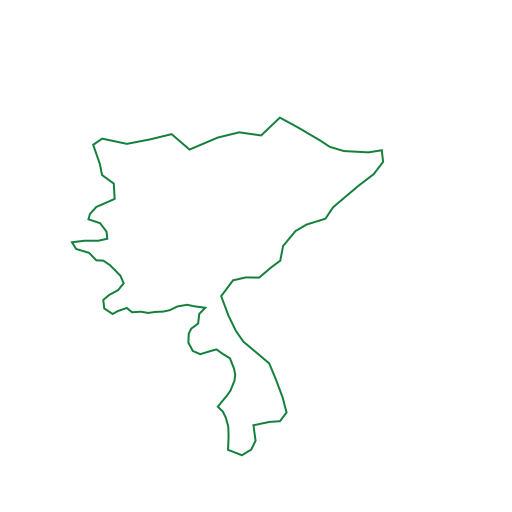 Agia Varvara Lefkosias, Nicosia, Cyprus (Robinson projection), rotated 244°
{"feature_id": "46923920B36952304373439", "entity_name": "Agia Varvara Lefkosias", "entity_type": "district", "adm_level": 2, "iso_a3": "CYP", "parent_name": "Cyprus", "parent_adm1": "Nicosia", "projection": "robinson", "projection_center": [33.352, 34.985], "detail": "fine", "context": "isolated", "style": "outline", "palette": "green", "viewbox_px": 512, "rotation_deg": 244, "n_neighbors": 0, "source": "geoboundaries", "source_scale": "gbopen_adm2", "svg_char_len": 1477}
<svg xmlns="http://www.w3.org/2000/svg" viewBox="0 0 512 512"><g transform="rotate(244 256 256)"><path d="M427.3,158.4L407.2,156.0L396.3,153.1L383.4,159.9L369.3,154.0L369.7,143.1L370.1,133.9L366.5,125.1L362.4,121.5L353.8,130.3L343.3,132.3L336.7,129.9L338.8,121.1L344.9,108.6L349.0,96.6L341.2,97.4L331.9,107.4L322.1,110.6L318.8,116.7L311.9,120.7L297.7,125.5L289.5,125.1L285.8,117.1L285.4,107.0L283.4,99.4L275.3,96.6L266.7,101.8L267.1,107.4L265.9,117.1L259.8,119.9L256.5,127.9L252.0,134.3L250.0,140.7L246.7,148.3L245.1,154.8L245.1,163.2L242.3,172.8L238.2,178.0L231.7,187.7L228.8,179.6L220.7,174.4L219.1,166.0L215.8,161.6L207.7,157.2L198.3,157.6L192.2,162.8L190.5,173.6L189.3,179.6L182.4,183.3L175.5,187.7L164.5,186.9L158.4,185.3L153.5,182.1L149.8,178.0L146.2,174.0L143.3,168.8L140.1,161.6L137.2,155.6L130.7,158.0L124.2,158.0L115.2,156.4L108.7,153.6L104.6,151.6L94.0,145.9L83.1,156.0L84.1,166.8L90.1,174.6L105.0,179.5L101.0,195.3L97.0,205.1L102.0,214.9L110.2,216.5L116.9,217.9L136.8,219.8L153.7,220.8L171.6,212.9L184.5,207.1L197.4,205.1L214.3,205.1L235.2,207.1L244.2,224.7L241.2,237.5L235.2,249.3L239.2,265.0L241.2,275.8L253.1,284.7L261.1,302.4L262.1,315.1L259.1,334.8L266.0,346.6L274.0,378.0L278.0,397.7L284.9,411.5L295.9,415.4L299.8,402.6L305.8,391.8L311.8,381.0L321.7,370.2L331.7,364.3L352.5,350.5L369.9,338.1L362.1,313.5L374.5,295.1L379.2,273.6L380.8,242.9L402.5,233.6L407.2,212.1L413.4,189.1L428.9,169.2L427.3,158.4Z" fill="none" stroke="#15803d" stroke-width="2"/></g></svg>